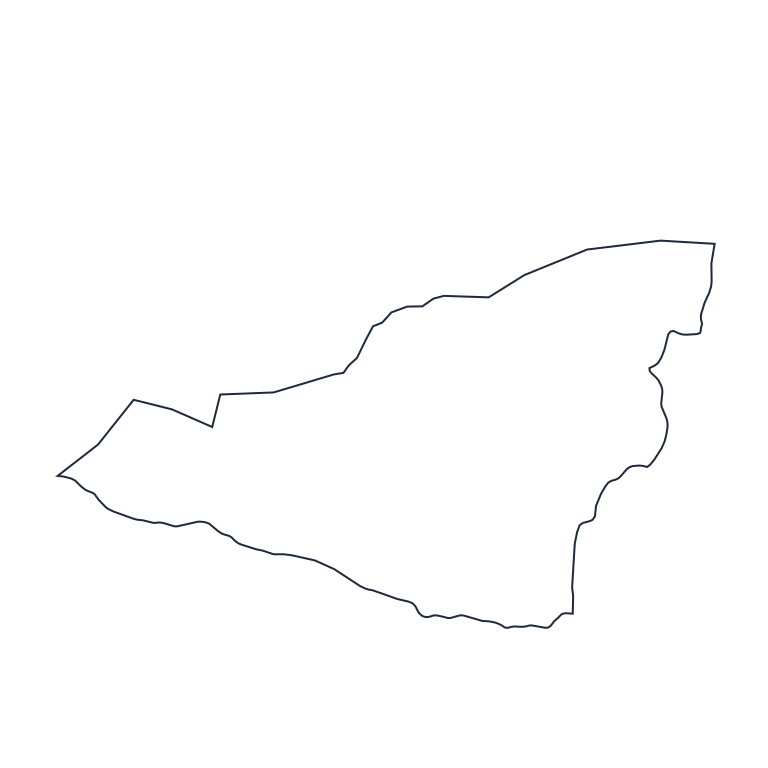 the Autonomous Province of Analamanga, rotated 104°
{"feature_id": "MDG-5862", "entity_name": "Analamanga", "entity_type": "Autonomous Province", "adm_level": 1, "iso_a3": "MDG", "parent_name": "Madagascar", "parent_adm1": "", "projection": "orthographic", "projection_center": [47.602, -18.658], "detail": "fine", "context": "isolated", "style": "outline", "palette": "slate", "viewbox_px": 768, "rotation_deg": 104, "n_neighbors": 0, "source": "natural_earth", "source_scale": "10m", "svg_char_len": 2439}
<svg xmlns="http://www.w3.org/2000/svg" viewBox="0 0 768 768"><g transform="rotate(104 384 384)"><path d="M255.5,89.6L258.0,89.7L259.9,92.5L263.0,102.5L263.7,105.9L263.7,109.4L262.5,116.0L263.8,118.7L267.2,120.2L282.9,120.2L291.4,121.3L297.7,123.4L300.6,125.8L304.4,130.3L307.1,129.3L308.9,127.0L312.1,121.2L313.9,118.7L318.5,114.7L321.3,113.0L324.5,111.9L335.9,110.3L339.0,109.1L349.0,101.6L352.4,99.8L356.9,98.5L364.6,97.8L371.5,97.8L379.3,99.1L392.2,103.5L398.0,106.3L400.9,108.7L400.8,111.3L400.9,113.9L401.5,117.1L403.7,123.3L405.5,125.8L407.8,127.8L416.6,132.2L419.1,134.1L421.1,136.6L422.6,139.5L425.2,142.4L429.9,144.5L438.3,146.9L451.0,148.8L461.1,147.3L465.3,148.7L467.3,151.3L470.8,157.5L473.7,160.0L480.9,160.8L492.7,160.3L535.6,152.3L544.3,149.1L561.2,145.3L562.4,152.0L563.0,153.6L563.9,155.4L565.1,156.4L569.3,158.9L570.5,159.8L573.1,161.5L577.7,163.5L579.1,164.4L580.2,165.4L581.0,166.8L581.5,168.4L582.5,182.3L583.0,184.1L585.2,188.3L586.3,191.6L587.7,198.8L588.9,201.8L590.6,204.9L591.0,206.4L590.9,208.4L589.8,211.2L589.1,214.2L588.6,217.7L588.8,223.9L589.7,229.3L590.0,230.3L590.1,231.0L589.4,250.4L589.7,253.2L590.6,255.2L595.2,263.3L595.6,265.7L595.6,274.3L595.9,277.4L596.4,279.6L598.9,283.7L599.6,285.2L600.0,286.8L600.0,288.9L599.7,291.1L598.2,293.9L597.0,295.5L592.1,299.7L590.5,302.1L590.0,303.0L589.6,304.8L589.2,307.6L589.4,318.9L586.9,345.2L587.2,349.2L586.9,353.3L585.7,358.8L575.7,387.4L571.9,408.3L572.5,432.6L573.5,440.2L575.7,448.9L575.9,450.8L575.0,461.4L575.3,468.5L574.3,483.7L573.8,486.8L572.6,489.8L571.4,492.1L569.9,494.4L569.2,496.1L568.8,498.3L568.7,502.3L568.3,505.4L566.9,509.5L561.9,519.6L561.5,521.7L561.4,524.3L561.9,528.5L562.5,531.0L572.1,550.1L572.6,551.7L572.8,554.2L572.3,563.5L572.4,566.6L572.9,569.0L574.5,573.7L574.6,584.8L575.4,591.0L575.3,595.0L573.2,615.5L572.2,620.3L571.5,622.6L570.3,625.1L565.3,633.0L561.2,637.8L560.4,639.3L559.9,641.4L559.5,645.3L558.7,648.7L556.6,653.2L552.5,660.2L551.9,662.2L551.4,664.9L551.3,672.3L552.1,678.4L511.9,646.8L459.9,623.1L459.9,583.7L467.3,540.3L433.8,540.3L418.9,489.1L386.9,435.1L383.0,426.0L374.5,422.7L365.2,416.5L344.4,412.1L330.6,408.6L325.0,400.7L312.7,394.1L303.3,380.3L299.4,365.6L289.2,356.7L284.0,347.2L274.6,303.4L244.3,274.1L204.4,219.5L178.0,150.4L168.0,97.1L187.8,95.5L205.7,90.8L210.4,90.2L216.7,90.5L227.7,92.6L240.1,93.2L244.1,92.3L248.8,89.9L252.6,90.0L255.5,89.6Z" fill="none" stroke="#1e293b" stroke-width="2"/></g></svg>